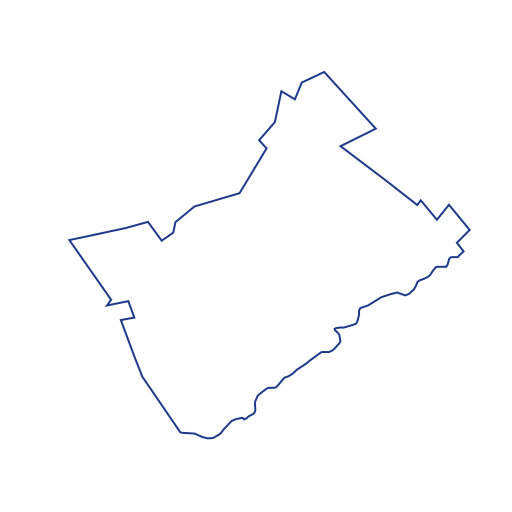 Sullivan, New Hampshire, United States of America, rotated 226°
{"feature_id": "52423323B69622605067069", "entity_name": "Sullivan", "entity_type": "district", "adm_level": 2, "iso_a3": "USA", "parent_name": "United States of America", "parent_adm1": "New Hampshire", "projection": "mercator", "projection_center": [-72.337, 43.365], "detail": "fine", "context": "isolated", "style": "outline", "palette": "blue", "viewbox_px": 512, "rotation_deg": 226, "n_neighbors": 0, "source": "geoboundaries", "source_scale": "gbopen_adm2", "svg_char_len": 1669}
<svg xmlns="http://www.w3.org/2000/svg" viewBox="0 0 512 512"><g transform="rotate(226 256 256)"><path d="M181.9,79.1L180.5,79.7L170.9,88.5L163.2,91.6L158.2,94.7L154.8,98.8L153.0,106.3L153.0,107.5L153.8,113.2L154.3,123.8L152.7,128.0L149.5,133.3L148.6,134.0L146.7,133.9L145.8,136.6L145.8,139.1L144.3,144.4L144.4,146.4L145.6,148.5L149.3,151.6L151.9,154.3L154.0,159.5L154.3,160.8L154.2,163.2L153.5,169.5L152.9,172.6L152.0,173.9L148.2,178.0L147.7,179.1L147.6,180.8L148.7,191.2L148.4,192.6L146.8,196.1L145.9,200.7L145.8,206.4L145.5,207.9L145.5,208.0L143.6,218.2L143.5,221.4L142.7,227.2L141.5,235.7L140.7,237.2L136.4,241.5L135.2,244.5L134.8,247.3L135.3,255.3L135.5,256.5L136.3,257.7L141.4,261.1L143.3,261.5L147.8,261.3L149.0,262.0L148.5,263.5L146.1,266.9L143.9,269.0L143.0,270.4L139.9,276.4L139.9,276.5L138.6,278.9L137.9,281.0L138.0,281.9L138.8,284.0L142.2,289.4L144.9,291.9L145.8,293.8L146.0,295.0L142.6,302.2L139.3,317.6L135.1,326.2L131.8,332.1L124.3,335.8L123.7,336.6L122.4,340.0L122.3,346.5L123.6,350.9L124.9,353.5L125.2,354.6L125.1,354.9L124.8,356.9L123.0,360.7L121.5,365.4L121.4,368.2L122.5,372.9L123.0,377.6L122.3,378.9L116.1,385.3L116.6,387.7L119.7,392.9L119.9,394.8L119.1,396.1L114.9,400.5L115.3,402.0L115.1,408.5L126.0,409.7L126.3,427.8L158.8,430.4L156.4,411.3L181.6,413.2L180.6,407.4L218.6,402.1L276.3,393.1L264.4,430.6L341.0,432.9L349.0,409.5L341.7,392.8L356.9,388.7L339.2,362.6L337.1,338.6L326.1,338.4L312.6,287.8L318.9,275.8L334.4,246.0L336.3,221.5L330.3,212.8L332.5,198.8L355.6,202.0L367.1,180.9L397.1,132.8L325.2,121.4L323.9,114.5L312.2,132.8L296.2,125.7L303.8,114.3L268.4,98.8L248.2,90.4L181.9,79.1Z" fill="none" stroke="#1e3a8a" stroke-width="2"/></g></svg>